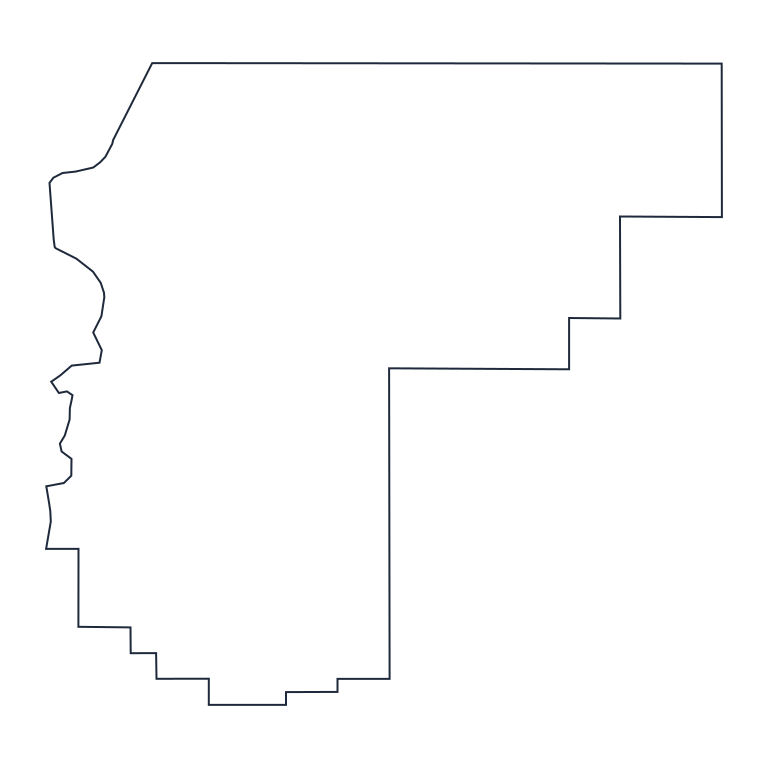 the district of Payette, Idaho, United States of America
{"feature_id": "52423323B59144379329790", "entity_name": "Payette", "entity_type": "district", "adm_level": 2, "iso_a3": "USA", "parent_name": "United States of America", "parent_adm1": "Idaho", "projection": "albers", "projection_center": [-116.889, 43.973], "detail": "fine", "context": "isolated", "style": "outline", "palette": "slate", "viewbox_px": 768, "rotation_deg": 0, "n_neighbors": 0, "source": "geoboundaries", "source_scale": "gbopen_adm2", "svg_char_len": 846}
<svg xmlns="http://www.w3.org/2000/svg" viewBox="0 0 768 768"><path d="M46.1,548.9L78.5,548.9L78.4,626.8L130.5,627.4L130.7,653.2L156.1,653.1L156.5,678.8L208.8,678.7L208.8,704.9L286.0,704.9L286.0,692.1L337.5,691.9L337.5,678.9L389.6,678.9L389.1,368.3L569.1,369.3L569.1,318.0L620.3,318.5L620.0,216.5L721.9,217.1L721.7,63.6L152.2,63.1L113.1,140.1L112.3,143.8L105.4,156.8L100.1,162.3L93.3,167.5L75.5,171.6L62.5,173.0L53.4,177.7L49.5,182.9L53.7,239.5L54.7,247.0L55.6,248.2L76.4,258.7L92.9,271.6L100.7,282.8L104.0,292.8L104.3,297.3L101.4,316.3L93.2,332.5L101.8,350.2L99.5,362.7L71.7,365.6L60.3,375.4L51.2,381.7L58.9,393.0L66.9,391.4L72.5,395.2L71.7,399.7L69.9,408.0L69.6,419.6L64.8,435.5L59.9,443.6L61.6,451.5L71.5,458.9L71.3,475.7L63.9,483.0L46.3,486.3L49.1,503.1L50.3,511.2L50.8,521.5L46.1,548.9Z" fill="none" stroke="#1e293b" stroke-width="2"/></svg>